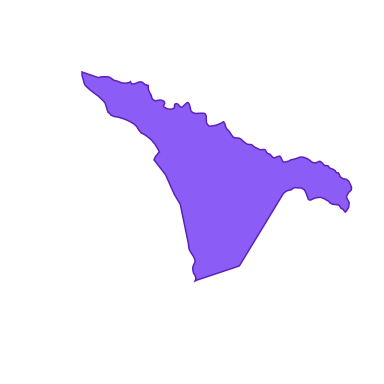 outline of Dugard, Micoud, Saint Lucia, rotated 24°
{"feature_id": "8701671B98916205392785", "entity_name": "Dugard", "entity_type": "district", "adm_level": 2, "iso_a3": "LCA", "parent_name": "Saint Lucia", "parent_adm1": "Micoud", "projection": "equal_earth", "projection_center": [-60.915, 13.81], "detail": "fine", "context": "isolated", "style": "filled", "palette": "violet", "viewbox_px": 384, "rotation_deg": 24, "n_neighbors": 0, "source": "geoboundaries", "source_scale": "gbopen_adm2", "svg_char_len": 5985}
<svg xmlns="http://www.w3.org/2000/svg" viewBox="0 0 384 384"><g transform="rotate(24 192 192)"><path d="M42.7,127.1L43.5,128.9L44.6,130.9L46.9,133.5L49.6,136.8L51.1,138.0L53.1,138.8L57.3,140.2L64.4,141.9L67.4,142.5L74.1,144.9L76.3,146.0L80.2,150.2L81.7,152.2L83.0,152.8L82.9,153.3L83.7,153.4L85.2,153.9L86.8,154.8L88.9,154.7L90.2,154.7L93.8,153.7L100.1,152.9L103.5,152.8L106.5,152.9L110.8,153.4L112.1,153.7L114.9,154.7L117.2,156.4L121.4,158.7L124.8,158.8L128.7,159.5L130.8,160.1L133.5,160.9L137.3,162.7L138.9,163.5L141.0,164.9L144.9,167.8L146.0,168.7L145.7,169.0L145.4,170.0L145.1,170.8L145.0,171.8L144.8,172.5L144.3,174.0L144.2,176.4L144.2,178.1L160.7,186.9L177.1,201.6L186.2,207.9L210.1,241.2L210.5,242.0L210.9,242.9L211.2,243.3L212.1,244.6L212.9,245.6L213.3,246.0L213.8,246.4L214.5,246.9L216.6,248.5L217.8,249.1L218.7,249.7L219.2,250.0L219.9,250.6L221.0,251.5L221.3,251.8L221.8,252.3L222.3,253.0L222.6,253.4L222.8,253.8L223.0,254.3L223.1,254.5L223.2,255.1L223.2,255.7L223.2,256.8L223.1,257.5L223.1,258.1L223.3,259.7L223.4,260.4L223.4,260.7L223.6,261.2L223.8,261.7L224.2,262.4L224.9,263.5L225.6,264.4L226.5,265.5L227.4,266.1L228.3,266.7L228.9,267.3L229.8,268.1L230.2,268.6L230.5,269.0L230.7,269.5L230.9,270.3L230.9,270.7L231.0,272.1L231.8,271.0L265.3,240.3L276.1,156.2L276.5,155.2L278.2,152.4L279.9,150.9L281.6,149.8L283.0,147.3L284.3,146.1L285.9,145.5L287.4,145.1L290.5,143.7L292.1,144.2L293.8,144.3L296.3,146.3L299.1,149.1L301.3,151.4L302.1,151.6L303.1,151.3L303.9,150.9L305.4,149.0L306.9,147.4L309.8,145.5L311.8,144.5L315.5,144.4L316.7,144.5L318.9,144.8L320.6,144.8L322.2,145.7L324.6,146.1L326.1,145.8L331.2,144.2L332.3,144.6L335.0,146.4L336.3,146.3L337.1,146.5L337.5,146.5L338.3,147.2L340.1,148.0L340.8,146.5L341.2,144.1L341.3,142.2L340.4,139.1L339.9,137.9L339.3,137.2L336.4,135.0L335.4,134.1L335.0,132.7L335.0,131.2L335.3,128.7L336.6,125.7L336.5,124.4L335.6,122.5L330.9,118.4L327.9,117.6L324.8,118.4L323.4,118.2L322.0,118.1L320.5,117.2L319.4,116.0L318.0,115.0L316.6,115.6L315.5,115.3L314.2,114.3L312.1,113.8L310.1,114.0L307.4,114.0L306.1,112.8L303.7,113.2L302.5,114.0L299.9,112.8L298.1,112.1L296.3,111.9L294.6,113.4L293.3,115.1L292.9,115.3L292.2,115.5L291.6,115.8L291.4,115.8L290.3,115.9L289.4,115.8L288.5,115.6L287.0,115.2L285.7,114.9L284.5,114.8L283.7,114.7L281.6,114.7L281.1,114.7L280.6,114.8L279.9,114.9L279.2,115.0L277.3,115.8L276.9,116.0L276.2,116.5L275.8,116.8L274.8,117.9L273.1,119.4L271.7,120.7L271.1,121.1L269.9,121.8L269.5,122.1L269.0,122.7L268.2,123.9L268.1,124.1L267.8,124.4L267.2,124.9L266.8,125.1L266.0,125.8L265.8,126.0L264.8,126.8L264.2,127.2L263.7,127.4L263.3,127.4L262.9,127.2L262.7,127.1L262.1,126.8L261.0,125.9L259.1,124.2L258.9,124.1L258.5,123.9L258.0,123.7L257.8,123.6L257.5,123.6L257.3,123.7L257.1,123.8L256.8,124.1L256.1,124.6L255.8,124.8L255.4,125.1L254.9,125.7L254.1,126.8L253.3,127.2L252.4,127.5L252.2,127.5L251.5,127.3L251.3,127.2L250.4,126.9L249.7,126.6L248.9,126.2L248.0,125.9L247.8,125.8L247.1,125.8L246.1,126.0L245.7,126.0L245.2,125.9L244.9,125.8L244.5,125.6L243.9,125.3L242.1,123.9L241.8,123.8L241.6,123.7L241.1,123.7L240.7,123.8L240.4,123.9L239.8,124.2L238.3,125.1L237.7,125.4L236.7,125.7L236.2,125.8L234.9,125.6L234.0,125.6L233.6,125.6L232.1,125.6L231.3,125.5L230.5,125.4L229.9,125.2L228.9,125.0L228.2,124.7L227.6,124.6L227.1,124.6L226.6,124.6L224.9,125.3L223.7,125.7L223.2,125.8L222.2,125.8L221.9,125.7L220.8,125.5L218.7,124.9L217.3,124.5L216.0,124.0L214.9,123.7L214.5,123.7L213.3,123.7L212.3,123.9L211.2,124.3L210.4,124.6L209.7,124.8L209.1,125.0L208.7,125.1L207.4,125.0L207.0,124.8L205.4,124.1L204.1,123.2L202.7,122.3L202.0,121.9L201.4,121.5L200.7,121.2L199.5,120.8L198.2,120.2L197.6,119.8L196.7,119.1L196.2,118.7L195.8,118.1L194.4,116.5L193.9,116.1L193.3,115.6L192.7,115.2L192.3,115.0L192.1,115.1L191.4,116.1L191.1,116.5L190.3,117.6L189.7,118.3L187.8,120.2L186.4,121.5L185.7,122.0L185.3,122.2L183.4,123.6L182.2,124.2L181.6,124.6L181.2,124.7L180.7,124.8L180.2,124.6L179.5,124.4L178.5,123.8L177.9,123.5L177.3,123.0L177.2,122.9L177.0,122.6L176.6,121.9L175.8,120.4L175.0,118.8L174.6,117.8L174.3,117.2L173.9,116.7L173.6,116.3L172.7,115.6L172.2,115.3L172.0,115.2L171.8,115.2L171.2,115.2L170.2,115.5L169.5,115.8L169.3,115.9L168.9,116.1L168.2,116.3L167.4,116.8L166.8,117.1L166.3,117.3L165.9,117.4L164.9,118.1L164.0,118.5L162.9,118.8L161.4,119.1L159.9,119.0L159.3,118.8L159.0,118.7L158.3,118.4L157.9,118.2L157.1,117.2L156.8,116.7L156.7,116.4L156.4,116.0L155.2,114.6L154.4,113.5L154.0,113.1L153.5,112.7L152.7,112.2L152.3,112.0L152.1,112.0L151.9,112.0L151.6,112.1L151.1,112.5L150.6,113.4L150.4,113.8L149.7,115.6L149.2,116.9L148.8,117.7L148.4,118.3L148.1,118.6L147.8,118.9L147.0,118.9L146.6,118.9L145.2,118.4L144.8,118.1L144.3,117.8L143.7,117.6L143.0,117.4L142.5,117.4L142.4,117.4L141.9,117.6L141.4,117.9L140.9,118.4L140.5,119.0L140.8,120.1L141.0,120.5L141.2,120.9L141.5,121.4L141.5,121.9L141.4,122.5L141.3,122.8L141.2,123.0L140.5,123.8L140.0,124.3L139.5,124.6L138.3,125.2L137.5,125.5L137.0,125.7L135.8,125.9L134.9,126.0L132.6,125.9L132.0,125.7L131.4,125.5L131.1,125.2L130.9,124.7L131.0,123.8L131.0,123.4L131.1,123.1L131.0,122.7L131.0,122.1L130.9,121.8L130.1,120.9L129.9,120.8L129.2,120.6L128.2,120.4L127.6,120.4L127.1,120.5L126.3,120.7L125.0,121.2L124.4,121.5L123.9,121.9L122.1,123.3L120.8,123.6L120.5,123.6L120.3,123.6L119.4,123.6L118.6,123.4L117.8,123.0L117.6,122.9L116.7,121.9L116.1,121.1L115.6,120.5L115.1,120.0L112.4,118.0L112.1,117.6L110.5,116.0L110.4,115.8L110.1,115.4L109.7,114.7L109.3,113.8L109.2,113.4L109.0,112.8L108.9,112.6L108.7,112.4L106.7,112.8L106.3,112.9L105.8,112.9L104.7,112.7L102.5,112.1L102.3,112.0L101.6,112.0L100.5,112.2L99.8,112.5L99.4,112.7L98.9,113.1L98.5,113.5L97.2,114.9L96.3,115.7L95.2,116.6L94.6,117.0L93.9,117.4L93.6,117.5L93.4,117.6L93.0,117.6L92.6,117.5L92.0,117.2L91.7,117.1L91.2,116.7L90.9,116.3L90.4,117.2L88.1,119.0L85.6,120.2L83.4,120.9L79.6,121.0L77.3,121.3L75.2,121.7L70.6,120.7L67.9,121.0L65.9,122.0L63.2,123.2L61.2,124.5L60.0,125.6L42.7,127.1Z" fill="#8b5cf6" stroke="#5b21b6" stroke-width="1.5"/></g></svg>